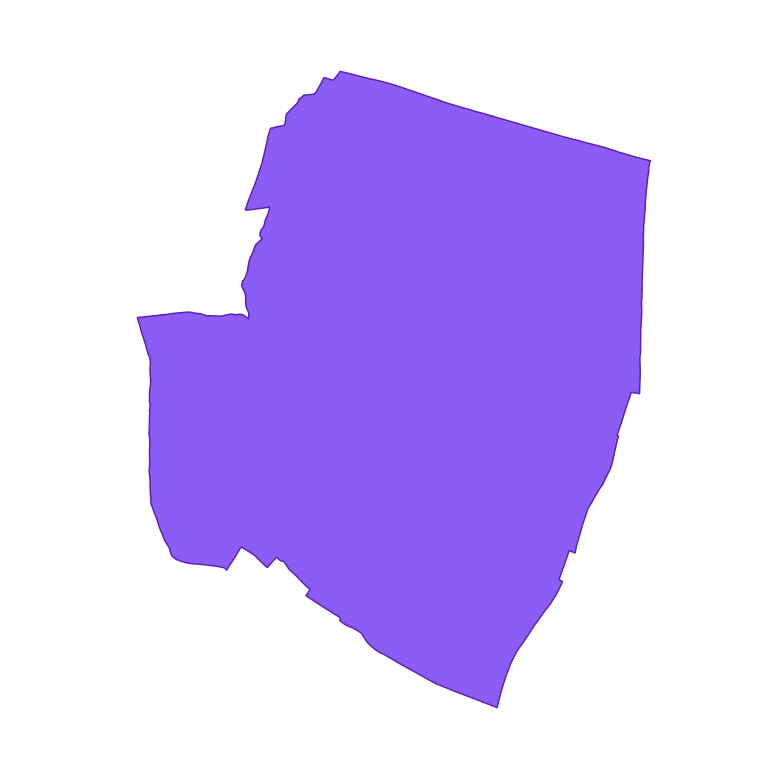 outline of Prawet, Bangkok Metropolis, Thailand, rotated 9°
{"feature_id": "78962969B62937206462024", "entity_name": "Prawet", "entity_type": "district", "adm_level": 2, "iso_a3": "THA", "parent_name": "Thailand", "parent_adm1": "Bangkok Metropolis", "projection": "robinson", "projection_center": [100.671, 13.697], "detail": "fine", "context": "isolated", "style": "filled", "palette": "violet", "viewbox_px": 768, "rotation_deg": 9, "n_neighbors": 0, "source": "geoboundaries", "source_scale": "gbopen_adm2", "svg_char_len": 6093}
<svg xmlns="http://www.w3.org/2000/svg" viewBox="0 0 768 768"><g transform="rotate(9 384 384)"><path d="M257.8,592.3L259.0,589.1L259.6,587.5L260.3,586.1L261.6,583.5L262.6,581.0L264.2,577.7L266.7,571.2L268.1,568.1L268.3,567.8L268.5,567.7L268.9,567.7L269.8,567.8L270.2,567.9L277.3,570.9L279.4,571.8L282.0,573.0L282.5,573.2L294.9,582.0L297.0,583.4L297.2,583.5L297.3,583.5L297.6,583.3L298.0,582.7L302.4,575.7L304.7,572.3L304.9,572.1L305.0,572.0L305.5,572.1L305.8,572.2L308.5,574.3L308.8,574.4L309.9,574.8L310.5,574.9L312.1,574.7L312.4,574.8L312.9,575.0L313.2,575.3L317.3,579.8L318.8,581.4L319.3,581.9L319.8,582.3L320.6,582.8L325.7,586.1L327.2,587.2L337.8,595.1L340.7,597.0L342.9,598.2L342.4,599.8L340.7,604.2L340.1,605.1L340.0,605.3L358.7,613.7L369.9,618.5L374.9,620.6L377.0,621.5L377.3,621.7L377.4,621.8L377.6,622.1L377.3,624.5L377.9,624.8L379.7,625.9L383.0,627.6L384.0,628.0L385.2,628.4L388.0,629.1L391.3,629.8L392.4,630.2L394.4,630.9L399.8,633.3L400.5,633.7L401.2,634.3L401.8,634.9L403.6,637.1L405.7,639.5L407.2,641.1L408.3,642.1L409.3,642.8L411.0,644.0L415.1,646.6L416.6,647.5L418.9,648.6L420.2,649.2L422.1,649.9L424.8,650.7L426.2,651.1L437.2,655.3L442.1,657.3L446.7,659.0L465.2,665.7L472.7,668.5L476.9,670.0L480.2,671.2L481.7,671.7L483.7,672.2L492.3,674.2L502.1,676.5L511.5,678.4L512.3,678.6L546.3,685.9L546.9,679.2L547.3,674.0L547.6,670.9L547.9,668.6L549.6,656.8L550.1,653.8L550.5,651.9L551.6,646.8L551.8,645.5L552.3,642.9L552.7,640.8L553.6,637.8L554.8,634.1L556.0,630.3L556.6,628.4L557.3,626.8L559.4,622.4L560.9,619.5L562.6,615.9L564.7,611.5L567.9,604.3L569.6,600.2L572.4,595.0L576.2,587.1L578.2,583.2L580.6,578.9L582.5,575.6L583.0,574.5L583.5,573.4L584.4,570.9L585.8,568.0L586.6,566.0L587.2,564.5L587.8,562.6L588.4,560.8L589.7,556.6L591.0,552.5L591.1,552.0L591.1,551.5L591.0,551.4L590.8,551.2L587.8,549.8L587.6,549.6L587.5,549.4L587.5,549.1L588.8,542.4L590.2,535.4L593.0,519.5L597.3,520.6L597.6,520.7L599.1,520.9L599.2,520.2L599.4,514.0L600.7,503.8L602.3,490.8L603.7,482.6L604.5,477.9L604.7,476.3L605.0,474.8L607.3,469.6L609.3,463.5L609.8,462.2L610.4,460.9L611.9,457.6L613.1,454.3L613.2,453.9L615.6,449.0L620.1,434.4L621.2,430.3L621.4,428.9L621.6,426.9L622.2,418.5L622.8,409.0L623.3,402.3L623.7,398.7L622.3,398.3L623.6,389.5L624.3,386.5L626.1,374.1L627.7,363.8L628.3,361.1L629.5,353.6L637.4,353.6L637.7,353.6L637.8,353.4L637.9,352.9L637.6,351.2L637.0,346.2L636.4,341.4L636.0,337.7L635.6,335.3L635.3,332.5L632.6,317.8L632.5,313.0L632.2,310.4L631.9,308.9L631.2,304.7L630.8,301.4L629.2,290.9L628.7,286.0L628.4,282.1L628.2,280.2L627.3,273.0L626.7,269.2L626.1,266.3L625.4,261.9L625.4,259.7L625.1,257.8L623.9,248.1L623.6,246.6L623.1,244.2L622.9,242.4L622.6,239.4L622.4,238.2L620.4,221.8L618.5,206.0L617.5,200.6L615.6,186.3L615.6,184.0L614.4,169.2L614.0,166.5L613.6,162.2L612.8,152.4L612.8,151.3L612.2,139.7L612.2,132.1L612.2,131.6L612.0,130.8L611.7,130.5L611.5,130.0L611.5,129.1L612.0,121.8L597.8,120.6L580.6,118.4L565.0,115.9L522.4,111.7L455.9,103.4L440.7,101.4L431.8,100.5L426.5,99.7L422.5,99.3L414.0,98.2L402.0,96.6L399.7,96.2L391.3,94.6L377.4,92.3L370.4,91.0L347.2,87.0L341.6,86.3L332.9,85.4L317.6,84.4L303.1,83.0L291.7,82.1L290.4,85.0L289.4,86.9L286.8,91.0L286.6,91.4L286.2,91.7L285.4,91.8L283.7,91.7L281.6,91.3L278.0,90.8L276.8,90.8L276.7,90.9L276.6,91.0L276.4,91.9L274.8,96.9L271.5,105.6L271.2,106.3L270.1,108.0L269.6,108.5L268.9,108.8L267.5,109.4L265.3,109.7L264.1,110.2L262.6,110.6L262.4,110.6L260.6,110.9L259.5,111.4L259.2,111.6L258.2,113.2L257.0,114.4L255.8,115.4L255.6,115.7L255.2,117.6L254.6,119.4L254.1,120.5L253.7,121.2L247.1,130.2L245.8,132.2L245.5,132.9L245.3,134.8L245.5,137.0L245.5,143.0L245.1,144.0L244.2,144.3L243.1,145.0L242.7,145.2L240.0,146.0L236.6,147.3L234.8,148.2L233.7,148.7L233.2,148.7L232.0,149.2L231.9,149.4L231.5,151.5L230.6,159.2L230.5,163.2L230.1,169.4L229.7,175.8L229.2,180.3L229.1,183.4L228.9,185.7L228.4,188.2L226.1,202.4L225.1,207.5L223.4,214.9L223.0,217.2L222.5,219.5L221.9,221.6L219.8,233.1L220.0,233.8L222.2,233.5L229.5,231.4L230.0,231.2L243.3,227.3L243.4,229.2L242.8,233.7L241.0,241.9L240.8,245.6L240.5,247.0L239.9,248.7L238.8,250.8L238.5,251.5L238.1,253.2L238.0,255.6L238.2,256.8L238.4,257.1L240.0,258.7L240.6,258.9L240.9,259.4L240.6,259.7L239.8,261.0L235.4,266.7L235.0,268.2L234.1,273.6L232.7,278.5L232.3,279.5L231.8,282.1L231.6,283.5L231.4,288.5L231.5,290.3L231.4,294.1L230.6,299.3L229.2,303.4L228.4,304.4L228.2,305.3L228.0,307.4L228.1,308.8L228.4,309.9L232.4,315.7L233.0,316.8L233.8,319.6L234.6,325.4L235.3,328.1L237.1,331.7L238.6,333.7L239.1,334.7L239.6,336.1L239.8,338.5L239.7,340.5L233.4,337.6L231.4,337.6L226.5,338.8L222.1,338.8L217.7,340.4L213.2,342.3L210.0,342.9L208.0,343.0L201.9,343.8L197.3,344.4L196.7,344.3L195.9,343.8L194.5,343.7L191.3,343.4L189.8,343.4L185.1,343.7L183.8,343.4L182.6,343.3L178.8,343.7L176.5,344.3L175.2,344.6L170.7,345.7L163.5,347.6L161.4,348.4L134.1,355.9L130.5,356.7L130.2,356.9L130.1,357.3L130.4,358.0L130.7,358.7L133.5,364.0L136.3,370.7L138.0,373.7L139.4,376.4L140.3,378.4L142.3,382.3L146.2,390.9L146.7,391.8L147.1,392.4L147.4,392.9L148.2,394.0L148.9,395.6L149.6,398.1L150.0,399.8L150.5,405.4L150.9,407.6L151.5,410.8L152.4,414.7L153.1,417.8L153.1,418.1L153.2,419.3L153.6,422.8L153.4,425.4L154.0,430.5L154.5,433.4L154.7,434.7L154.9,437.3L155.0,437.8L155.2,438.2L155.8,439.4L156.4,441.7L156.4,442.2L156.6,442.8L156.5,443.0L156.4,443.4L156.6,447.4L157.3,450.0L157.4,451.8L158.4,459.5L159.0,463.4L159.7,469.4L160.0,471.1L160.9,474.1L162.2,480.4L162.3,481.3L162.4,482.7L162.6,483.8L162.7,485.5L162.9,486.9L163.3,489.2L164.2,494.8L164.9,498.4L165.4,503.6L165.7,506.7L165.9,507.8L166.6,510.4L167.1,511.6L168.4,517.6L168.6,519.1L169.4,523.8L169.9,525.9L171.1,532.1L172.1,535.8L172.5,538.0L173.0,539.4L176.9,546.5L180.3,552.1L183.0,557.5L186.2,563.6L187.1,564.7L189.7,569.3L191.6,572.4L192.6,573.9L194.3,575.5L195.8,577.5L197.3,579.1L198.5,580.6L198.6,581.5L199.4,583.5L201.0,586.3L202.3,587.6L203.8,588.5L204.5,588.9L206.2,589.9L208.0,590.1L211.1,590.8L212.4,591.0L218.4,591.6L224.0,591.4L228.9,590.9L240.3,590.4L248.2,590.2L254.3,590.4L255.7,590.8L257.8,592.3Z" fill="#8b5cf6" stroke="#5b21b6" stroke-width="1.5"/></g></svg>